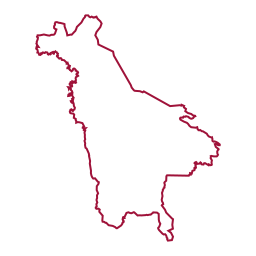 the district of Bere, Worodougou, Ivory Coast
{"feature_id": "98640826B43857880322183", "entity_name": "Bere", "entity_type": "district", "adm_level": 2, "iso_a3": "CIV", "parent_name": "Ivory Coast", "parent_adm1": "Worodougou", "projection": "albers", "projection_center": [-6.135, 8.377], "detail": "fine", "context": "isolated", "style": "outline", "palette": "rose", "viewbox_px": 256, "rotation_deg": 0, "n_neighbors": 0, "source": "geoboundaries", "source_scale": "gbopen_adm2", "svg_char_len": 5640}
<svg xmlns="http://www.w3.org/2000/svg" viewBox="0 0 256 256"><path d="M37.6,35.3L37.5,36.0L37.0,36.7L37.3,37.3L37.9,37.6L37.8,39.0L36.7,41.9L36.8,42.9L36.4,43.6L36.8,44.3L37.6,45.0L37.2,44.9L36.9,45.9L37.9,46.0L38.5,46.9L37.9,46.8L37.1,47.6L36.4,47.6L36.2,48.7L37.4,49.7L37.8,51.2L37.4,52.5L38.4,52.7L39.2,54.8L40.4,54.9L40.8,53.6L41.6,54.0L42.1,53.6L41.9,53.0L42.9,52.4L44.4,53.0L44.8,53.0L45.5,52.2L47.3,52.5L47.8,53.4L47.8,54.2L48.4,54.6L49.3,54.0L50.4,54.4L50.6,54.2L50.1,53.7L50.5,53.1L53.1,51.9L53.5,52.4L53.2,53.4L53.8,53.8L54.0,53.7L54.1,52.3L55.4,51.4L55.7,52.0L56.8,52.3L57.1,53.2L57.9,53.6L57.6,54.5L57.9,55.2L57.0,55.6L56.9,56.1L57.4,56.8L58.0,57.0L58.5,57.9L58.9,58.0L59.3,58.6L60.8,58.1L61.5,58.8L61.8,59.9L64.1,60.2L66.5,62.5L66.6,63.5L67.6,62.8L68.3,64.8L69.1,65.6L69.9,65.9L69.4,67.9L68.0,67.2L67.5,67.5L67.4,68.2L68.8,68.2L69.1,69.0L69.8,69.5L69.9,70.0L70.6,70.3L71.5,71.3L72.7,70.4L73.2,68.8L74.0,68.5L74.6,68.7L75.7,69.8L75.6,70.6L77.6,71.6L78.1,72.5L77.9,73.0L76.7,73.5L76.4,74.5L76.6,74.8L78.0,75.4L78.2,75.8L75.9,77.2L75.6,78.3L75.9,79.6L75.8,81.0L74.2,81.5L74.3,81.7L75.5,81.8L76.0,82.6L75.5,82.9L74.6,82.5L73.5,82.7L72.9,81.5L72.4,81.3L72.5,82.4L72.1,83.5L71.4,82.9L71.6,82.2L70.6,82.1L70.2,83.3L69.7,83.7L69.7,84.6L69.9,84.9L72.0,85.6L72.2,86.1L72.0,86.5L71.2,86.6L69.9,87.3L68.2,87.2L68.7,87.9L68.9,89.0L69.6,87.9L70.6,88.2L70.9,88.8L70.9,90.0L72.0,91.1L72.4,92.5L70.1,93.6L69.4,93.6L69.2,94.4L68.4,94.7L68.2,96.0L69.9,95.8L71.5,93.9L72.3,93.9L72.2,95.7L73.6,97.8L72.0,98.9L72.1,99.2L73.1,99.7L73.0,100.1L71.7,100.9L70.8,101.1L71.1,101.9L71.9,102.6L72.3,101.7L73.0,101.8L73.7,103.8L73.9,106.0L74.9,107.8L74.4,109.5L73.6,109.8L72.9,111.0L72.5,110.9L72.0,109.8L71.4,109.3L70.5,109.7L70.6,110.4L69.9,111.1L69.8,111.7L70.2,112.9L70.6,113.2L73.4,113.7L74.2,114.6L73.8,117.8L75.8,119.0L75.7,120.1L76.2,120.9L76.2,122.7L77.7,122.1L79.5,122.3L82.4,123.1L84.1,126.4L82.8,127.2L82.7,127.8L83.9,128.3L85.6,128.2L84.7,129.2L83.9,129.5L83.7,130.0L84.2,130.4L85.2,130.6L84.5,132.7L84.9,134.7L84.8,137.1L85.2,139.3L84.5,140.8L85.2,143.3L85.0,144.9L85.5,147.7L86.7,148.7L88.8,153.5L89.2,155.7L89.0,155.9L90.1,161.0L89.8,163.6L91.0,170.8L90.9,173.1L91.4,175.4L92.0,176.9L93.1,178.5L93.7,178.6L95.0,178.3L97.8,181.7L98.8,182.2L98.5,183.8L96.8,186.2L96.7,190.1L98.1,193.3L97.0,195.3L97.1,198.1L96.6,199.3L96.6,200.5L97.3,202.5L96.4,204.1L96.7,206.5L95.8,207.3L95.7,207.9L96.4,208.8L98.6,208.7L99.7,209.6L99.3,210.9L99.4,211.9L102.7,215.7L102.3,220.5L102.6,221.7L104.3,221.9L105.4,222.8L106.3,222.8L108.6,225.2L112.7,225.9L115.2,227.1L116.4,228.2L117.1,228.2L121.2,225.4L122.3,223.8L122.3,223.1L123.4,222.2L123.2,221.5L123.7,221.4L123.7,221.1L122.6,219.4L123.0,217.4L123.2,217.1L123.8,217.0L124.2,218.1L124.6,218.0L124.3,217.0L125.0,216.1L126.5,212.9L128.4,212.3L130.3,213.1L131.5,213.2L133.8,212.2L134.3,212.4L137.6,215.5L139.0,215.3L141.6,215.4L145.7,215.1L146.7,214.8L147.7,215.1L149.3,214.7L150.3,214.7L151.1,214.4L151.5,213.8L152.7,213.1L153.2,212.4L157.0,212.6L158.7,213.9L158.8,219.7L159.2,221.7L160.3,223.8L159.2,226.8L158.2,227.8L158.2,228.6L159.1,230.1L162.5,233.7L163.8,234.5L165.1,234.2L166.0,235.2L166.5,236.4L166.7,237.6L167.4,238.3L167.2,239.4L167.9,240.6L171.9,240.1L173.0,236.7L171.0,232.7L168.4,230.8L172.9,228.7L172.3,224.8L173.0,219.2L172.1,218.6L166.2,212.6L165.0,209.7L161.8,205.4L162.3,204.7L163.2,204.2L163.0,203.0L162.1,201.5L161.7,199.8L162.5,196.1L162.0,192.9L162.9,190.5L162.8,189.8L163.5,188.8L163.6,188.2L164.5,187.6L164.4,186.5L164.8,185.5L164.8,184.5L164.3,182.9L164.7,182.1L166.2,180.7L166.4,176.2L167.1,175.3L188.8,175.7L189.3,174.8L190.8,174.6L190.7,174.0L190.1,173.4L190.1,173.1L191.8,173.5L192.4,170.8L194.4,170.2L194.7,169.3L194.3,168.1L194.6,167.8L195.4,168.1L195.9,167.8L196.0,167.3L195.4,165.8L195.7,165.4L195.6,164.4L194.5,163.1L194.7,162.7L196.1,162.0L196.5,162.3L197.1,163.9L199.4,163.6L200.4,162.4L201.2,163.0L201.4,164.2L201.8,164.4L203.5,164.5L204.2,163.2L205.1,163.2L208.2,165.0L208.2,164.5L208.6,164.2L210.2,165.2L211.5,165.0L211.8,164.7L211.5,162.3L211.9,160.4L210.6,158.1L211.0,156.5L210.8,156.1L211.2,155.9L213.9,156.4L216.7,156.4L217.2,156.0L218.0,154.8L217.4,153.6L217.2,151.7L217.7,150.3L218.6,149.5L218.6,149.1L215.8,146.9L214.8,144.1L216.0,143.8L218.0,145.1L218.6,145.2L219.7,145.2L219.8,144.8L219.6,144.3L217.6,142.7L215.8,141.8L214.4,141.4L213.8,141.7L212.7,141.2L212.4,140.7L212.4,138.8L212.0,137.4L211.7,137.6L208.9,136.5L207.8,135.4L206.8,133.7L202.9,131.3L201.8,131.2L200.2,130.0L199.4,130.3L198.5,130.2L198.3,129.7L197.6,129.1L197.2,127.2L195.6,127.7L191.2,127.2L189.5,125.9L188.1,123.9L186.9,122.8L183.9,121.6L180.5,119.7L180.0,118.8L180.3,117.8L180.7,117.6L183.1,117.6L183.3,116.8L183.7,116.5L185.1,116.8L186.0,116.2L188.5,116.9L189.2,117.8L190.7,118.6L191.7,118.7L193.1,118.1L194.2,116.6L195.3,116.2L195.1,115.8L193.0,115.4L191.3,114.0L187.9,113.0L185.3,111.2L186.0,108.9L183.9,107.4L183.8,106.4L184.1,105.9L181.8,104.9L181.8,105.6L181.4,105.7L179.9,105.2L170.1,106.1L143.8,91.4L142.7,92.3L139.9,91.2L134.8,90.8L133.9,90.3L131.7,87.6L130.8,85.1L113.9,55.7L113.1,51.6L98.4,44.5L97.8,39.8L95.3,35.3L96.5,32.0L100.3,27.1L101.6,23.5L100.4,21.4L97.5,18.6L96.5,16.7L96.0,17.0L95.5,16.9L95.2,17.3L94.1,17.2L93.9,17.6L93.3,17.6L91.7,16.6L90.3,17.3L89.3,16.8L88.2,15.4L85.6,15.4L85.2,15.7L84.9,17.2L83.6,18.5L81.4,22.5L76.9,26.9L76.1,29.3L75.2,31.1L74.4,31.8L71.7,34.7L70.6,34.6L67.3,35.4L66.8,32.6L64.6,26.5L64.5,24.1L63.8,23.8L59.8,22.8L59.2,22.9L56.9,22.1L55.4,22.3L54.8,23.7L55.0,24.8L54.1,26.2L54.1,28.0L54.9,28.8L56.4,29.4L55.0,33.5L54.2,34.5L53.2,34.8L51.3,34.8L49.6,35.6L47.8,35.4L43.9,34.5L40.1,35.3L37.6,35.3Z" fill="none" stroke="#9f1239" stroke-width="2"/></svg>